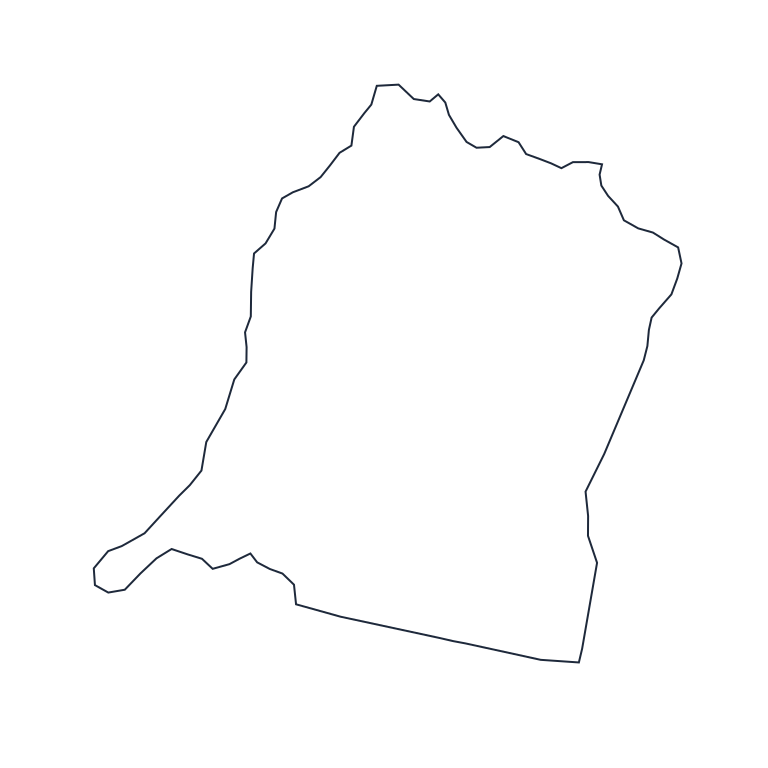 Campo Grande, Alagoas, Brazil (Mercator projection), rotated 354°
{"feature_id": "56859067B11440381309792", "entity_name": "Campo Grande", "entity_type": "district", "adm_level": 2, "iso_a3": "BRA", "parent_name": "Brazil", "parent_adm1": "Alagoas", "projection": "mercator", "projection_center": [-36.753, -9.965], "detail": "fine", "context": "isolated", "style": "outline", "palette": "slate", "viewbox_px": 768, "rotation_deg": 354, "n_neighbors": 0, "source": "geoboundaries", "source_scale": "gbopen_adm2", "svg_char_len": 1336}
<svg xmlns="http://www.w3.org/2000/svg" viewBox="0 0 768 768"><g transform="rotate(354 384 384)"><path d="M644.8,387.6L649.9,373.8L653.1,357.9L657.1,345.9L665.6,337.5L679.2,324.9L686.7,309.7L692.5,295.2L690.8,278.9L677.6,269.6L667.3,261.5L653.1,255.8L639.7,246.3L635.2,232.0L626.5,220.3L620.9,209.4L620.3,198.3L623.8,188.3L610.7,184.7L595.1,183.1L583.0,187.9L573.2,182.0L563.0,176.8L549.4,170.2L543.1,157.6L528.6,149.9L513.9,159.4L500.7,158.7L491.4,151.9L482.9,136.7L476.7,123.1L474.4,110.5L468.2,101.6L459.0,107.8L443.4,103.7L429.8,87.8L408.0,86.7L400.6,104.8L393.0,112.3L381.0,125.0L376.5,143.5L364.0,149.4L353.1,161.0L342.6,171.6L329.7,179.5L313.4,183.8L302.0,188.8L294.7,201.7L291.3,218.0L280.9,231.8L268.4,240.6L265.5,255.1L261.5,278.5L258.6,302.9L251.2,318.1L251.2,333.0L249.4,348.2L235.6,363.8L223.5,392.3L201.2,423.1L193.4,451.0L180.3,464.3L168.7,473.6L147.5,492.2L130.3,507.4L106.2,517.8L92.2,521.4L76.1,537.0L75.5,553.8L88.0,562.6L104.7,561.5L121.9,547.0L139.5,533.6L155.5,525.9L171.1,533.0L184.7,538.8L194.3,549.9L211.5,547.0L222.0,542.7L233.4,538.6L239.2,548.1L251.2,556.1L263.2,561.9L273.5,574.2L273.5,593.9L316.5,610.9L412.4,642.3L425.8,646.9L437.9,650.5L511.0,674.7L548.7,681.3L553.4,667.9L577.2,584.1L571.0,556.3L573.2,536.6L573.2,512.1L595.7,476.6L644.8,387.6Z" fill="none" stroke="#1e293b" stroke-width="2"/></g></svg>